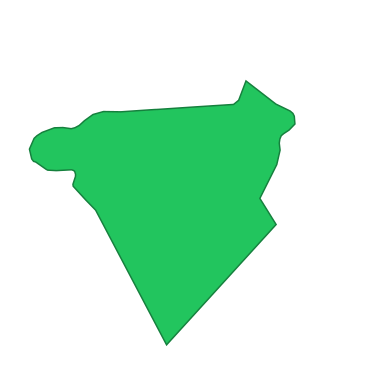 Granada, Mercator projection, rotated 62°
{"feature_id": "NIC-655", "entity_name": "Granada", "entity_type": "Department", "adm_level": 1, "iso_a3": "NIC", "parent_name": "Nicaragua", "parent_adm1": "", "projection": "mercator", "projection_center": [-85.973, 11.905], "detail": "fine", "context": "isolated", "style": "filled", "palette": "green", "viewbox_px": 384, "rotation_deg": 62, "n_neighbors": 0, "source": "natural_earth", "source_scale": "10m", "svg_char_len": 799}
<svg xmlns="http://www.w3.org/2000/svg" viewBox="0 0 384 384"><g transform="rotate(62 192 192)"><path d="M180.3,69.2L182.9,77.2L183.5,83.6L184.2,86.8L186.4,89.5L189.8,92.0L196.4,94.6L207.6,104.3L229.5,135.1L260.2,133.0L315.0,286.2L162.8,285.6L149.4,289.5L131.2,294.2L129.3,293.5L125.3,289.4L123.7,287.7L121.9,286.6L119.8,286.1L119.1,286.0L118.1,286.1L117.0,286.8L115.8,288.0L109.4,301.8L104.9,309.2L103.4,310.2L92.0,316.0L90.6,317.5L87.5,318.0L77.8,315.4L70.5,306.2L69.5,302.4L69.0,296.4L70.7,283.4L74.5,275.7L79.4,268.9L80.3,265.2L80.3,260.3L78.5,253.3L77.1,243.0L79.4,232.4L87.8,217.2L89.8,212.7L97.6,195.3L101.5,186.6L103.0,183.5L117.7,150.7L134.2,114.2L132.9,107.7L119.3,92.2L153.7,76.7L166.6,67.3L170.0,66.0L173.1,66.1L180.3,69.2Z" fill="#22c55e" stroke="#15803d" stroke-width="1.5"/></g></svg>